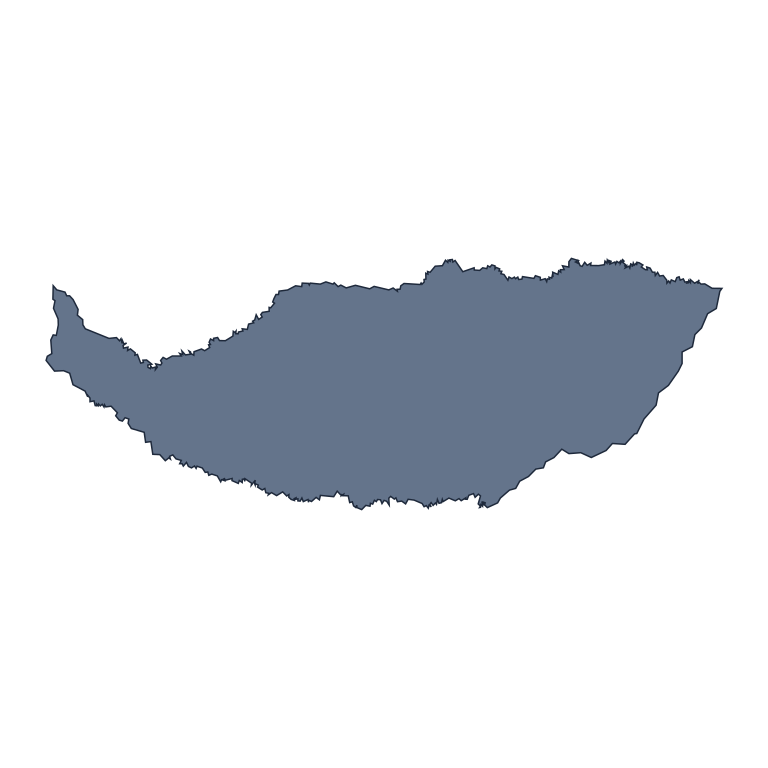 Paz De Ariporo, Casanare, Colombia (Natural Earth projection)
{"feature_id": "7082276B32488030547396", "entity_name": "Paz De Ariporo", "entity_type": "district", "adm_level": 2, "iso_a3": "COL", "parent_name": "Colombia", "parent_adm1": "Casanare", "projection": "natural_earth1", "projection_center": [-71.123, 5.772], "detail": "fine", "context": "isolated", "style": "filled", "palette": "slate", "viewbox_px": 768, "rotation_deg": 0, "n_neighbors": 0, "source": "geoboundaries", "source_scale": "gbopen_adm2", "svg_char_len": 6095}
<svg xmlns="http://www.w3.org/2000/svg" viewBox="0 0 768 768"><path d="M704.8,283.9L701.0,284.1L698.5,281.8L699.1,279.8L698.0,281.7L698.3,283.8L697.1,281.7L694.6,283.2L690.4,279.6L690.4,282.6L688.8,280.5L688.5,282.8L687.0,283.0L687.9,281.6L684.9,282.1L683.3,278.9L680.2,280.1L679.1,276.8L676.8,277.6L675.2,281.6L671.3,279.9L670.0,283.0L668.7,281.0L666.9,283.1L666.8,280.2L663.2,275.5L659.6,276.0L657.6,272.4L655.3,275.5L654.9,272.2L652.4,272.2L650.1,268.1L646.7,267.0L647.3,269.8L645.4,269.7L641.3,267.0L642.9,265.0L639.2,262.8L636.9,262.3L636.7,265.2L636.3,263.1L634.3,265.1L633.3,263.0L632.8,265.7L631.8,266.6L632.5,264.8L630.7,263.9L629.8,268.0L628.9,266.2L625.3,267.9L626.6,265.6L624.3,266.2L625.8,264.9L622.6,262.2L624.0,261.1L622.6,259.6L620.4,263.4L620.4,261.2L619.0,262.8L616.9,261.4L615.6,264.1L614.9,262.0L610.1,264.0L611.1,261.3L609.0,260.5L609.4,263.4L607.3,260.0L607.0,263.2L605.0,261.1L604.4,264.7L598.7,265.6L590.6,265.5L590.9,263.1L587.2,265.3L584.7,262.3L582.1,266.4L580.1,265.7L578.3,261.5L578.1,263.3L575.5,262.0L578.2,260.5L571.4,258.4L568.9,261.7L568.8,267.0L562.5,265.8L564.2,269.6L560.4,269.7L560.7,272.1L558.7,270.8L557.9,274.4L552.7,272.2L553.0,277.1L552.3,275.3L551.7,278.0L549.0,277.2L549.4,279.2L547.3,278.9L546.7,281.6L545.2,278.7L540.4,280.1L540.3,277.3L535.4,275.7L533.9,278.4L522.5,276.6L521.9,279.1L518.7,279.5L517.8,277.1L515.5,278.7L514.4,277.1L511.9,278.6L509.0,277.0L507.9,280.2L504.0,274.5L500.9,273.7L501.8,271.3L499.0,270.9L499.7,268.9L496.1,267.4L495.0,268.8L495.0,265.9L491.8,264.9L490.0,267.0L487.7,265.8L486.8,268.6L482.7,267.8L479.7,270.4L474.3,270.0L474.1,267.8L462.8,271.7L455.1,260.5L452.9,262.0L452.4,259.5L449.8,259.8L450.1,261.2L448.1,260.1L447.8,262.4L445.5,260.2L442.4,265.7L435.2,266.2L430.1,272.3L427.6,271.5L427.9,274.1L425.8,273.2L425.9,279.1L424.0,279.5L424.2,282.0L421.9,284.3L421.1,283.0L420.2,284.5L404.0,283.5L400.8,285.8L400.1,289.2L397.1,289.3L397.4,291.2L393.1,288.0L388.8,289.9L374.1,286.4L369.7,288.8L355.4,285.3L346.2,287.9L340.8,285.1L338.1,286.6L334.2,282.8L333.0,284.1L325.9,281.9L320.3,284.1L310.2,283.1L309.3,285.0L308.5,283.4L302.2,283.1L301.7,286.6L295.6,285.8L287.6,290.0L279.1,291.1L278.5,294.5L276.0,294.5L273.9,298.7L272.7,302.0L274.5,303.2L270.7,307.8L269.1,307.4L269.2,311.3L262.4,312.4L260.8,314.6L262.2,317.0L258.7,319.4L256.2,314.8L254.7,320.0L252.6,321.2L253.7,322.8L248.6,324.1L247.3,329.4L242.2,328.8L242.9,331.0L238.5,332.0L238.1,333.8L235.8,333.7L236.0,331.1L235.0,332.5L233.3,331.3L232.9,336.1L225.4,340.7L219.5,340.6L217.6,337.5L213.6,338.3L213.6,340.6L210.5,339.0L209.1,342.3L210.4,344.5L208.6,344.8L209.7,347.5L204.7,350.7L201.5,349.0L194.0,351.7L193.8,355.2L190.9,353.5L190.5,351.9L189.1,351.1L190.6,354.2L185.4,354.9L181.9,351.0L182.7,354.6L179.7,353.5L181.3,356.0L172.3,356.0L166.5,359.2L163.1,357.4L160.6,360.5L161.9,363.0L160.7,365.0L155.7,363.9L157.3,367.2L155.4,369.6L155.6,367.0L152.2,368.0L150.7,366.0L150.3,368.6L148.0,367.4L147.8,365.1L151.8,364.2L146.6,360.0L142.9,360.2L143.4,362.5L140.7,363.1L137.4,354.4L134.9,355.2L135.2,352.8L130.4,348.9L127.6,350.5L128.0,347.1L123.5,348.1L123.1,345.5L126.6,343.0L123.9,344.0L122.5,340.7L122.1,343.4L121.0,338.7L119.5,340.8L116.5,337.6L109.0,338.4L85.3,328.8L82.9,324.8L82.7,319.6L77.4,315.2L78.1,309.4L73.1,299.6L69.6,295.8L66.7,295.8L65.0,292.1L56.8,289.9L53.2,285.7L52.9,299.2L55.0,300.7L53.5,308.3L58.1,318.9L58.3,325.1L56.3,335.4L53.2,334.9L50.8,340.0L51.8,353.6L47.3,356.3L46.1,360.4L54.5,371.1L63.6,370.7L69.7,373.2L73.0,384.7L85.1,391.1L87.7,396.8L87.8,395.4L90.0,398.1L90.0,401.7L94.0,400.9L95.2,405.6L96.7,405.8L96.7,404.1L98.2,405.7L98.6,404.0L100.3,405.9L102.2,404.3L104.0,407.0L104.5,404.8L105.8,406.9L111.1,406.2L117.4,412.8L115.7,415.8L119.2,420.1L122.4,421.1L125.1,417.7L128.8,419.0L128.1,423.4L131.3,428.5L144.2,432.3L145.6,442.3L150.9,441.6L152.8,454.3L159.8,454.6L165.3,460.7L168.8,457.9L170.4,459.1L169.6,456.3L172.8,454.9L176.0,458.9L181.3,460.4L179.7,463.7L182.1,463.7L183.3,466.1L186.5,462.4L188.4,466.4L191.5,467.9L194.5,466.0L196.1,468.4L197.0,466.2L202.3,468.0L205.2,472.4L207.8,472.0L208.8,475.3L211.8,474.1L217.3,475.9L220.7,481.8L221.6,479.7L224.1,480.5L223.1,479.3L224.4,478.6L225.4,480.2L232.1,478.5L232.0,480.6L238.3,483.4L239.3,480.5L242.2,482.5L242.3,479.3L243.9,479.0L244.8,481.3L245.0,478.7L251.6,483.2L251.3,485.3L255.3,480.2L254.7,483.8L255.2,485.1L255.4,483.8L258.3,485.1L257.6,487.1L262.2,490.0L264.8,488.5L265.8,492.7L268.8,493.3L268.3,494.8L271.5,492.6L276.6,495.6L282.7,491.9L286.7,496.0L288.9,494.6L288.8,497.3L291.1,499.4L294.4,500.5L294.1,498.7L296.0,497.8L295.7,499.3L297.9,498.8L297.9,500.9L300.2,501.1L301.9,498.0L303.3,501.6L308.0,499.5L308.5,502.3L308.6,500.2L311.5,501.5L316.1,497.4L319.4,499.8L320.4,495.4L333.7,496.7L337.2,491.2L341.0,495.2L342.2,494.2L341.6,495.5L343.6,494.3L343.1,495.7L348.2,495.8L349.7,502.6L352.3,501.8L353.6,505.9L355.8,507.5L356.8,505.2L357.0,507.6L361.7,509.6L365.8,505.4L370.0,506.2L370.4,503.3L372.7,504.1L374.4,500.3L376.3,501.6L377.6,499.5L380.5,499.8L382.0,503.6L384.1,500.4L386.7,501.3L389.2,505.1L388.8,498.2L390.7,496.4L394.3,499.1L395.9,497.9L397.5,501.7L401.7,501.1L405.6,503.9L408.1,499.3L414.1,500.1L422.1,503.5L424.1,506.7L426.3,505.6L428.3,508.2L429.0,505.2L431.3,506.8L429.8,504.5L431.1,502.6L433.1,505.4L435.4,503.0L436.5,504.4L437.4,499.5L439.0,503.3L441.5,502.7L442.3,499.4L443.1,501.6L448.9,498.1L455.3,500.8L459.0,498.6L461.2,500.7L465.7,497.9L465.4,499.2L467.2,499.3L468.8,495.3L473.5,493.6L475.1,497.3L478.4,494.2L480.5,495.9L478.2,503.9L480.4,506.1L479.6,507.5L480.5,507.3L480.8,504.6L482.4,506.1L481.9,501.5L483.4,504.0L483.5,502.2L485.2,502.8L484.6,505.0L487.3,507.6L497.6,502.9L500.4,498.0L509.5,490.1L515.7,488.4L519.7,481.2L528.5,476.5L535.8,469.1L543.4,467.8L545.6,461.9L553.9,457.6L561.8,449.2L568.9,453.6L580.8,452.7L591.3,457.5L606.1,450.5L612.4,443.5L625.1,444.3L634.5,433.9L636.8,433.5L644.0,419.0L656.1,405.2L658.5,392.9L668.4,385.4L678.3,371.2L682.1,363.5L682.1,352.0L692.4,346.7L694.9,334.6L701.5,328.0L707.6,313.7L716.3,308.5L719.8,291.4L721.9,288.4L712.1,288.3L704.8,283.9Z" fill="#64748b" stroke="#1e293b" stroke-width="1.5"/></svg>